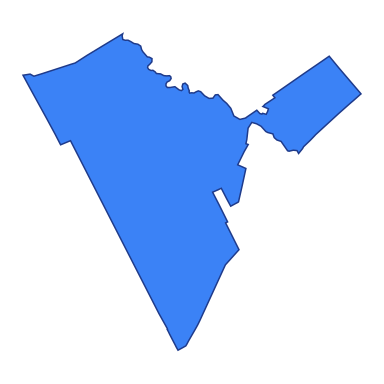 Peretu, Teleorman, Romania
{"feature_id": "2599482B52824361951621", "entity_name": "Peretu", "entity_type": "district", "adm_level": 2, "iso_a3": "ROU", "parent_name": "Romania", "parent_adm1": "Teleorman", "projection": "natural_earth1", "projection_center": [25.098, 44.029], "detail": "fine", "context": "isolated", "style": "filled", "palette": "blue", "viewbox_px": 384, "rotation_deg": 0, "n_neighbors": 0, "source": "geoboundaries", "source_scale": "gbopen_adm2", "svg_char_len": 2121}
<svg xmlns="http://www.w3.org/2000/svg" viewBox="0 0 384 384"><path d="M361.0,93.9L360.2,92.9L339.1,68.2L329.2,56.2L316.6,64.9L303.9,73.6L282.2,88.7L272.8,95.2L274.9,97.8L264.9,104.4L263.5,106.0L262.9,106.5L268.4,108.8L267.6,111.5L266.2,114.3L262.6,113.3L261.9,114.1L259.8,113.5L256.8,110.2L245.9,117.7L245.8,118.0L239.9,119.4L233.9,116.0L230.8,108.3L226.7,103.4L223.0,100.2L218.0,94.6L215.3,94.9L212.9,98.2L209.0,98.4L204.6,95.8L200.7,91.7L198.3,90.9L196.1,91.8L194.0,93.0L191.5,92.8L189.7,93.1L189.1,91.9L189.3,90.8L188.2,88.2L187.7,85.5L185.1,83.1L182.8,84.0L182.1,86.6L182.9,89.4L181.4,90.6L179.3,90.0L174.9,86.7L170.0,87.5L167.3,87.5L166.0,85.9L166.0,83.8L167.1,82.0L169.7,80.7L171.1,78.6L170.8,76.8L169.6,75.7L166.6,75.9L163.8,75.6L160.6,73.9L156.4,73.5L155.2,71.9L152.9,70.3L151.0,70.5L148.6,69.3L147.6,67.6L147.9,65.9L149.8,64.2L151.9,61.8L152.0,58.6L149.4,57.2L147.3,56.9L142.9,51.8L141.6,49.6L140.7,46.1L137.9,44.2L133.9,43.5L130.8,41.6L128.0,40.2L126.7,40.2L125.3,40.3L122.8,39.5L122.4,37.1L122.2,36.3L122.2,35.9L122.4,34.8L122.7,33.8L118.4,36.4L102.5,46.0L87.0,55.4L75.2,63.0L70.6,64.4L68.8,65.0L42.3,73.6L33.9,76.2L30.1,74.1L25.1,74.9L23.0,75.2L29.7,87.6L37.6,102.0L46.6,118.4L55.3,134.5L60.6,144.8L70.5,140.7L158.9,313.5L167.2,328.4L167.5,329.2L167.2,329.4L168.4,331.7L169.6,334.2L173.9,342.5L175.1,344.8L175.4,345.4L176.3,347.2L178.0,350.2L181.9,348.1L185.8,345.9L186.9,344.1L188.4,341.2L194.5,330.6L196.6,326.9L197.9,324.5L200.0,320.2L203.6,312.3L204.3,310.8L205.0,309.3L225.4,264.8L239.0,249.7L225.6,222.9L227.6,221.9L219.0,204.6L212.6,192.2L221.3,188.3L227.0,199.4L230.7,206.2L238.4,202.0L238.6,201.5L242.2,185.6L245.9,168.5L237.7,164.8L244.2,151.6L246.6,147.4L248.2,144.5L245.9,143.7L246.8,139.6L248.1,128.1L251.8,122.4L256.6,123.8L261.0,126.2L265.8,131.5L267.7,132.5L272.9,133.9L274.2,137.6L276.9,140.0L281.1,141.4L282.1,142.9L287.6,150.8L289.1,151.2L291.2,150.7L293.3,150.2L297.0,150.6L297.2,150.9L298.6,153.5L302.5,148.7L303.6,146.7L310.3,140.3L314.6,135.8L315.6,134.7L338.6,113.6L349.2,104.2L350.9,102.7L353.4,100.6L360.6,94.2L361.0,93.9Z" fill="#3b82f6" stroke="#1e3a8a" stroke-width="1.5"/></svg>